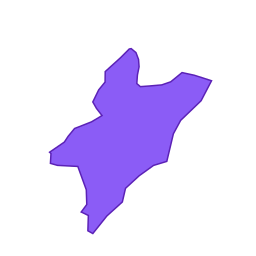 outline of Grästorp, Västra Götaland, Sweden, rotated 142°
{"feature_id": "70781695B12491812596610", "entity_name": "Grästorp", "entity_type": "district", "adm_level": 2, "iso_a3": "SWE", "parent_name": "Sweden", "parent_adm1": "Västra Götaland", "projection": "natural_earth1", "projection_center": [12.708, 58.339], "detail": "fine", "context": "isolated", "style": "filled", "palette": "violet", "viewbox_px": 256, "rotation_deg": 142, "n_neighbors": 0, "source": "geoboundaries", "source_scale": "gbopen_adm2", "svg_char_len": 704}
<svg xmlns="http://www.w3.org/2000/svg" viewBox="0 0 256 256"><g transform="rotate(142 128 128)"><path d="M216.6,90.6L213.1,83.5L222.9,71.7L220.7,66.5L198.8,71.7L178.0,73.2L167.1,82.0L148.5,83.5L130.9,82.8L118.0,77.8L95.8,95.5L81.8,101.6L53.6,104.5L33.1,113.8L43.3,128.8L51.3,138.4L65.9,138.1L74.9,141.2L85.2,147.9L92.8,153.0L93.7,157.6L87.9,164.0L81.6,169.4L77.5,175.5L75.3,182.5L76.6,188.6L78.4,189.5L90.4,188.0L111.2,186.5L117.8,178.3L127.6,176.1L139.7,170.2L140.8,162.7L140.8,153.8L152.9,155.3L170.4,160.5L180.3,158.3L186.8,156.1L204.7,157.2L204.4,155.3L210.9,147.9L206.6,142.0L198.9,135.3L191.2,128.6L198.9,105.0L207.6,93.1L216.6,90.6Z" fill="#8b5cf6" stroke="#5b21b6" stroke-width="1.5"/></g></svg>